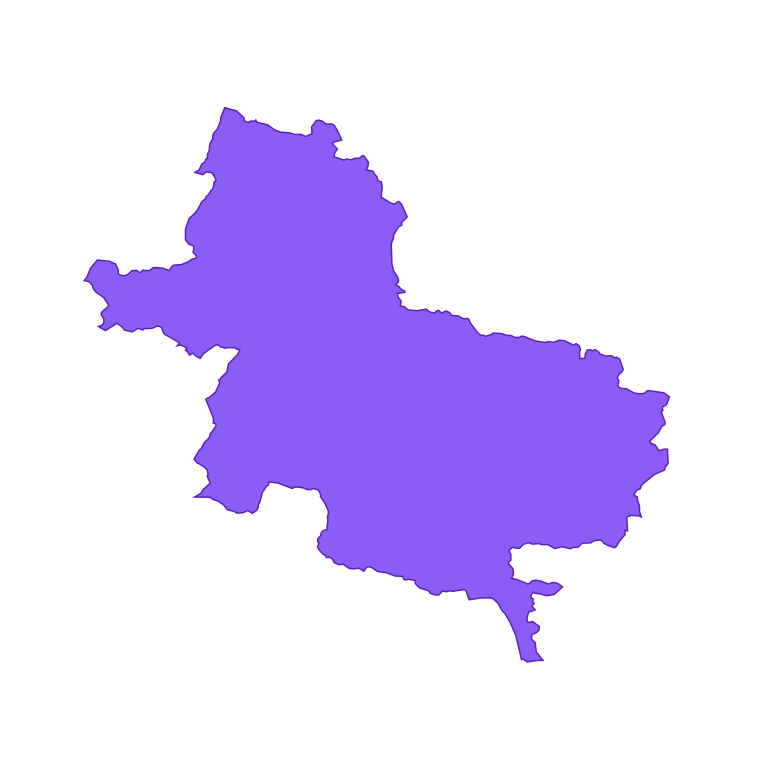 Vu Quang, Ha Tinh, Vietnam, rotated 261°
{"feature_id": "81297802B66107700635107", "entity_name": "Vu Quang", "entity_type": "district", "adm_level": 2, "iso_a3": "VNM", "parent_name": "Vietnam", "parent_adm1": "Ha Tinh", "projection": "albers", "projection_center": [105.465, 18.324], "detail": "fine", "context": "isolated", "style": "filled", "palette": "violet", "viewbox_px": 768, "rotation_deg": 261, "n_neighbors": 0, "source": "geoboundaries", "source_scale": "gbopen_adm2", "svg_char_len": 6165}
<svg xmlns="http://www.w3.org/2000/svg" viewBox="0 0 768 768"><g transform="rotate(261 384 384)"><path d="M533.0,104.1L531.2,108.8L527.1,111.4L524.0,111.7L520.0,113.8L513.2,120.7L504.5,124.6L498.8,116.1L496.9,115.5L492.2,117.4L488.1,116.8L486.0,114.4L485.6,110.9L480.3,117.2L485.8,129.6L481.2,134.4L477.9,136.1L474.9,143.3L477.5,149.9L475.1,154.3L476.2,155.9L475.3,162.6L475.7,166.0L476.8,168.3L475.9,171.5L474.4,173.2L469.0,174.2L467.1,175.6L457.1,188.0L456.2,188.2L454.1,185.8L454.6,189.1L451.3,193.6L450.1,194.9L448.6,193.2L445.9,195.4L443.4,196.1L443.1,197.4L444.0,198.3L444.2,200.2L440.8,202.7L438.1,206.6L442.4,210.6L448.7,223.4L448.6,226.3L445.8,228.8L445.7,230.4L444.3,232.0L444.4,235.2L443.1,242.6L441.5,243.8L440.5,246.9L436.1,244.1L428.1,233.5L420.3,230.7L415.7,223.9L414.1,223.0L413.9,221.4L410.7,221.9L402.4,216.3L398.0,209.3L397.5,206.5L396.4,205.7L377.0,210.2L372.1,209.3L370.9,211.6L368.9,211.6L361.9,204.6L358.4,203.1L354.0,197.2L348.4,193.1L347.3,190.9L339.5,184.6L335.2,187.2L331.0,192.7L326.9,195.8L322.7,196.2L320.5,195.0L313.3,196.9L308.1,189.0L304.6,185.9L302.0,179.2L299.2,194.7L296.7,197.1L294.4,201.7L289.6,206.8L284.4,209.5L281.4,216.3L279.6,218.3L278.9,224.3L280.3,229.6L276.9,233.9L279.0,238.2L282.2,240.7L284.5,240.9L286.9,243.0L296.0,246.9L301.5,252.2L302.2,253.8L305.2,255.3L302.7,263.9L295.1,277.1L296.1,279.5L295.9,281.9L294.0,288.1L291.9,291.3L291.1,295.1L291.9,297.8L289.6,302.6L284.4,304.3L282.8,303.6L276.0,306.8L267.5,309.2L264.5,308.8L261.7,307.3L256.9,307.1L251.9,305.3L249.3,305.4L248.6,300.6L247.1,298.9L244.0,297.6L241.5,294.4L238.3,293.9L236.5,294.8L233.9,292.8L231.1,293.5L225.4,297.2L223.9,299.4L221.5,299.9L221.5,302.5L219.9,305.4L215.3,307.0L212.4,311.7L212.4,315.5L207.3,320.8L206.1,325.5L206.2,330.1L202.2,334.9L205.5,337.9L206.0,340.0L204.5,343.6L201.4,346.3L199.8,348.9L197.1,357.0L192.6,365.0L191.0,372.4L187.9,373.2L187.1,374.2L187.4,377.3L185.2,383.8L181.6,383.9L177.0,387.4L172.5,396.1L170.0,396.9L167.4,402.3L167.1,405.3L170.3,409.2L169.1,412.9L169.5,416.5L168.5,419.4L168.4,431.4L166.7,432.7L157.6,434.3L157.5,446.1L156.1,455.7L155.0,458.1L149.7,462.3L142.0,465.0L138.3,467.6L128.8,471.3L115.0,474.9L90.4,476.7L90.8,478.2L87.0,482.1L87.1,490.4L86.2,497.8L95.6,492.4L104.7,492.9L108.5,490.0L110.1,489.8L113.4,491.0L114.8,495.9L116.5,498.5L120.0,499.4L126.2,493.6L125.8,489.7L127.3,488.2L131.5,488.9L136.1,491.3L137.3,498.0L141.1,495.3L143.7,497.8L144.6,497.8L145.2,496.6L148.4,497.7L149.8,495.9L152.2,496.1L155.1,498.6L153.5,500.7L152.3,505.5L149.5,511.2L149.5,519.2L155.7,528.6L159.6,524.7L160.9,522.2L161.6,519.5L160.6,515.2L165.0,507.6L166.5,503.0L166.3,499.1L164.2,496.8L164.0,494.8L169.9,484.9L172.1,479.5L175.4,482.0L179.9,482.5L181.7,482.3L187.2,478.8L188.1,478.9L190.3,481.8L196.4,482.6L198.5,481.5L200.6,482.0L202.7,485.8L201.1,488.6L200.6,492.4L203.8,496.5L204.7,501.6L202.6,505.7L202.2,511.7L200.4,515.6L199.7,520.9L194.7,526.9L195.5,534.2L192.1,542.3L193.1,545.2L192.4,550.3L195.7,554.6L194.8,563.5L196.2,566.3L196.3,572.2L195.1,574.9L192.4,576.1L189.6,579.8L186.3,586.0L186.9,587.7L192.2,592.2L197.4,598.4L201.8,599.1L200.8,601.6L214.6,602.9L215.5,608.0L213.8,615.2L212.4,617.3L217.7,616.4L223.3,617.2L230.3,616.2L232.9,616.5L234.4,614.0L236.9,614.3L239.8,617.3L240.2,620.5L243.3,622.2L245.5,625.0L252.5,637.3L255.2,647.7L258.1,648.7L261.0,652.2L275.2,653.7L275.8,651.3L275.1,645.1L281.5,642.2L283.5,638.4L286.3,637.7L292.7,647.2L298.7,651.8L299.9,654.8L302.1,655.7L312.9,653.4L314.5,655.4L315.9,654.9L318.0,655.8L319.2,659.7L326.6,663.9L331.5,659.1L336.0,644.6L336.0,643.0L333.9,639.1L334.5,633.9L336.1,629.4L341.1,623.1L342.7,617.5L344.1,615.4L346.2,614.9L350.6,616.5L353.5,615.3L356.7,617.4L358.7,620.8L361.1,622.6L371.9,620.6L374.2,617.7L373.7,616.0L376.2,613.4L377.0,607.1L379.9,601.9L381.9,601.2L385.0,597.8L384.2,595.1L385.6,593.2L385.7,590.0L381.7,587.3L379.0,586.9L378.0,585.9L378.5,581.4L384.7,582.1L387.7,583.6L391.1,582.8L393.9,580.1L392.7,577.4L398.5,569.0L399.8,563.9L398.6,557.9L400.1,553.7L399.8,549.3L402.8,540.4L409.2,529.4L409.7,527.2L408.8,525.2L409.5,520.5L412.2,516.9L412.7,513.3L415.4,507.7L417.3,499.8L415.9,496.8L415.2,491.6L416.4,490.1L417.3,486.9L419.8,484.6L430.9,478.8L434.9,477.7L435.7,476.7L435.9,472.7L439.6,468.1L441.1,461.8L444.7,459.5L446.3,456.9L446.1,454.9L444.9,453.2L446.2,450.9L448.2,449.5L448.1,447.8L446.2,445.1L447.7,440.8L451.3,437.5L451.2,428.4L453.4,419.4L457.0,416.3L458.7,412.2L463.1,414.0L467.4,411.5L471.3,411.5L471.3,419.0L472.3,419.1L474.6,416.0L477.7,414.1L480.1,411.3L482.6,414.2L484.1,414.5L488.2,414.0L493.5,411.4L500.7,410.5L519.9,412.9L522.8,413.8L526.5,416.1L529.4,416.7L531.5,418.2L537.2,423.4L538.0,426.3L540.6,426.6L545.3,432.9L546.0,432.9L558.9,429.5L562.1,427.0L560.0,422.1L562.1,418.4L569.0,410.4L578.6,413.0L583.9,413.1L585.6,409.9L589.9,409.5L591.8,407.9L596.0,406.3L598.5,399.2L598.7,400.5L601.3,402.1L605.5,403.3L611.8,400.3L613.0,398.7L610.9,395.0L611.4,390.8L610.6,386.1L612.1,382.5L611.5,379.4L616.2,370.2L619.8,371.4L623.3,374.6L629.4,370.6L630.8,371.9L631.6,380.4L642.3,377.4L647.6,375.1L649.0,373.0L649.7,367.6L653.4,363.9L654.8,361.0L654.8,358.3L649.4,352.8L642.6,352.0L640.7,345.4L643.5,341.2L644.4,335.0L646.7,330.4L649.0,321.1L652.2,315.6L658.1,309.8L662.5,299.1L664.8,298.7L663.6,296.8L664.4,295.2L664.4,292.9L663.6,291.5L664.2,289.3L665.3,287.5L668.8,287.3L676.7,281.2L681.8,270.0L673.1,264.7L669.2,263.7L661.8,259.2L658.4,255.1L655.6,253.5L653.2,253.3L648.1,249.5L641.7,247.8L638.6,245.6L634.5,244.9L634.0,243.4L631.1,241.6L629.8,238.5L624.5,235.0L622.5,230.4L619.1,237.9L621.4,241.7L619.5,247.3L612.5,250.0L611.4,249.8L609.6,247.5L606.4,246.8L603.1,245.0L601.7,242.8L598.5,240.4L597.0,237.8L595.1,236.9L592.4,232.5L586.0,227.8L582.7,224.5L577.9,217.4L567.6,212.0L557.5,210.5L552.7,213.0L549.9,217.8L543.7,216.1L540.0,218.8L538.5,218.6L537.4,217.0L537.3,214.0L535.1,209.0L533.7,203.0L534.2,194.6L533.0,192.5L529.6,189.6L533.0,183.7L534.9,176.2L534.8,173.7L532.5,169.7L534.2,163.6L532.1,160.4L535.0,157.2L535.4,152.7L532.5,148.7L531.5,144.7L532.9,140.2L534.8,138.7L538.0,139.5L544.6,137.5L548.3,131.4L551.3,120.3L544.1,112.1L535.9,107.3L533.0,104.1Z" fill="#8b5cf6" stroke="#5b21b6" stroke-width="1.5"/></g></svg>